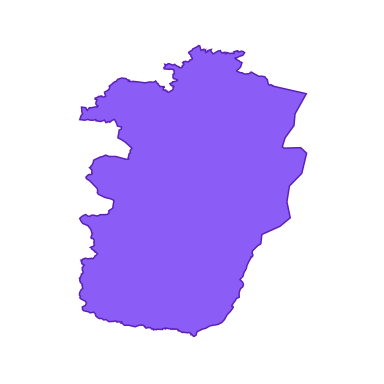 outline of Nenagh Lea-5, North Tipperary, Ireland, rotated 166°
{"feature_id": "5873133B70886709487680", "entity_name": "Nenagh Lea-5", "entity_type": "district", "adm_level": 2, "iso_a3": "IRL", "parent_name": "Ireland", "parent_adm1": "North Tipperary", "projection": "natural_earth1", "projection_center": [-8.077, 52.997], "detail": "fine", "context": "isolated", "style": "filled", "palette": "violet", "viewbox_px": 384, "rotation_deg": 166, "n_neighbors": 0, "source": "geoboundaries", "source_scale": "gbopen_adm2", "svg_char_len": 6037}
<svg xmlns="http://www.w3.org/2000/svg" viewBox="0 0 384 384"><g transform="rotate(166 192 192)"><path d="M275.0,299.7L278.7,301.1L279.5,296.3L279.3,294.1L281.0,293.1L283.4,289.4L278.7,287.6L275.3,287.6L274.2,286.7L270.6,285.5L267.8,285.6L267.8,284.1L266.9,284.1L265.3,283.1L263.3,282.5L259.6,282.9L258.7,280.1L255.6,280.4L254.9,279.6L252.0,280.9L249.7,281.2L248.6,277.1L248.4,274.0L244.7,272.1L245.6,270.0L247.6,269.8L250.8,262.5L247.8,259.9L244.6,256.4L239.7,249.0L242.1,247.1L242.2,244.9L243.5,244.6L244.7,242.7L245.0,241.6L245.7,240.6L245.5,239.3L247.5,239.6L249.7,240.6L257.3,244.9L263.8,246.5L266.9,248.7L270.7,248.0L272.3,248.2L279.2,246.8L279.7,246.6L281.1,244.0L282.7,242.1L284.2,241.3L284.5,240.3L285.4,240.3L283.9,237.5L284.6,234.8L284.3,234.0L285.9,233.3L286.8,233.8L288.4,233.8L291.2,232.2L291.4,231.6L291.2,230.5L288.4,227.4L283.0,218.1L283.6,214.8L284.1,214.2L283.3,212.3L277.8,207.8L272.3,204.9L269.9,202.8L270.1,202.0L272.4,196.6L272.3,196.0L273.4,195.2L277.0,194.1L277.4,193.7L277.5,191.8L279.9,190.7L286.7,192.2L288.8,191.6L290.4,191.9L292.7,193.2L295.3,193.8L297.2,193.1L299.1,194.0L300.4,195.7L301.1,195.9L304.7,195.0L307.4,193.5L306.6,190.2L305.6,187.9L300.9,184.4L301.0,184.1L299.2,180.2L299.1,176.3L298.7,176.0L301.0,172.5L301.0,171.7L300.7,171.2L299.5,171.0L298.6,169.0L298.8,167.9L299.6,166.7L299.4,166.1L299.7,165.0L299.5,164.1L301.1,163.1L302.5,163.2L303.9,162.7L303.1,162.2L303.2,161.1L300.7,158.3L301.0,157.9L300.6,157.7L300.5,157.0L299.6,156.6L298.7,155.1L299.4,154.3L301.6,153.4L302.1,152.7L304.4,151.2L304.9,151.2L305.4,152.0L308.9,152.3L311.7,153.6L314.4,153.2L315.1,152.5L316.2,152.7L315.8,151.7L316.4,151.1L315.9,149.8L316.3,149.1L314.5,147.6L314.3,147.1L315.3,146.7L315.4,146.1L316.9,145.1L316.7,144.7L317.3,143.2L317.0,141.0L317.6,139.5L319.2,139.1L319.9,137.3L321.2,136.3L321.3,135.6L322.1,135.4L321.9,134.6L322.4,133.0L321.9,131.9L322.2,131.3L320.7,128.7L321.4,127.7L321.1,126.9L321.4,126.0L321.2,125.0L323.3,123.9L325.3,121.6L326.2,119.4L325.5,117.9L326.4,116.4L325.8,115.3L321.9,111.8L321.3,109.6L323.0,107.7L326.1,107.1L326.5,106.3L326.2,105.7L326.7,104.6L325.9,103.1L321.1,100.6L320.2,99.4L316.2,99.1L315.2,96.9L315.4,95.5L315.1,94.6L313.4,92.4L312.4,91.6L309.9,90.9L308.6,89.2L306.3,89.0L304.0,86.3L299.4,85.4L297.8,85.5L296.7,85.0L296.8,84.4L295.9,83.8L294.3,84.0L293.6,83.3L291.7,83.2L291.7,82.2L292.3,81.9L291.2,81.4L290.6,79.9L289.5,78.9L285.5,78.0L279.9,75.0L274.1,75.6L273.6,75.0L272.3,75.0L270.7,73.5L270.7,72.9L270.1,72.6L270.2,72.0L269.5,71.0L267.1,71.1L266.5,70.6L265.5,70.7L264.6,69.7L264.4,68.9L263.7,69.0L263.0,68.0L262.4,68.2L262.3,67.5L261.6,67.7L259.8,67.0L259.4,67.4L253.8,65.7L253.4,66.5L251.4,66.3L251.0,65.5L250.2,65.7L249.9,66.3L247.9,65.0L246.3,64.9L245.8,63.9L243.8,64.0L243.6,63.3L242.5,63.6L242.0,63.0L239.8,62.7L238.9,61.9L239.1,61.1L238.4,60.9L238.3,60.3L237.0,59.8L235.4,58.0L234.3,58.0L230.3,56.4L229.5,56.6L227.2,55.0L227.6,53.8L226.5,53.5L225.5,51.7L224.6,51.5L222.8,52.0L220.9,55.2L214.7,56.5L211.8,56.4L206.9,57.8L198.9,57.2L194.8,58.1L191.4,60.3L187.6,64.4L183.6,66.9L180.0,69.9L179.9,71.0L181.0,71.4L181.1,71.9L178.9,74.1L176.4,76.0L174.8,77.9L171.6,78.5L170.8,82.5L169.0,85.6L168.2,86.5L165.7,87.7L164.4,89.8L164.7,92.3L166.7,95.4L162.9,97.9L161.2,101.1L157.8,104.6L156.5,107.3L153.6,110.9L151.0,113.6L150.5,114.6L149.9,114.3L148.5,115.3L148.1,116.4L148.5,117.8L147.6,120.2L141.1,124.1L137.8,125.0L134.5,133.9L114.8,137.5L102.9,143.2L102.3,159.5L96.0,174.3L81.0,183.5L71.4,201.9L75.8,208.7L92.1,212.3L93.4,214.1L88.5,222.1L77.0,231.8L73.1,242.9L57.3,259.7L87.6,275.0L88.2,275.5L87.9,275.7L89.6,277.1L90.9,276.9L91.7,277.8L91.9,279.3L91.7,282.9L92.8,284.5L93.5,286.2L96.5,287.6L99.1,288.0L105.6,294.1L107.8,293.0L111.6,293.5L113.3,294.2L114.2,295.4L116.3,296.2L119.2,298.2L119.3,298.9L118.9,299.3L117.5,299.7L114.6,301.5L112.2,305.5L114.1,306.8L114.7,308.2L116.3,309.2L117.1,310.4L117.5,310.4L117.9,311.0L117.6,311.7L116.5,311.6L116.3,311.3L113.4,312.1L109.7,312.3L107.2,314.4L108.4,315.9L110.1,316.8L111.8,316.5L113.3,316.9L113.8,317.2L113.4,317.9L113.8,318.1L117.5,317.9L117.3,317.1L118.0,316.2L119.2,317.0L121.7,317.2L124.4,319.0L125.3,317.9L125.6,318.0L126.3,318.2L126.1,319.5L126.3,319.7L127.9,319.7L128.2,319.3L129.3,319.7L129.5,320.5L130.2,320.9L130.3,322.4L132.6,322.5L138.1,320.9L139.7,324.3L138.8,325.6L142.4,325.4L142.8,325.2L142.5,324.8L142.8,324.6L144.9,323.9L145.1,324.6L144.5,326.6L144.9,326.4L146.0,326.8L146.0,327.7L149.0,327.2L149.1,331.8L150.1,332.5L152.2,331.6L156.8,330.6L157.8,329.3L159.5,329.1L161.5,328.3L161.3,327.0L160.0,325.3L160.2,324.0L159.7,322.3L159.3,322.1L159.7,320.8L162.4,320.5L163.1,319.5L164.5,319.2L166.9,320.5L167.7,320.2L168.5,320.5L169.8,319.7L169.1,319.0L169.4,318.8L169.1,317.6L171.1,316.6L171.0,315.7L172.6,315.2L174.3,315.8L174.4,316.8L176.2,317.7L176.4,318.4L177.1,318.6L177.9,320.1L179.7,319.7L183.2,322.0L184.2,322.3L185.7,321.4L187.5,322.5L187.4,320.4L189.2,319.5L189.2,318.2L184.0,316.4L183.5,316.7L180.1,315.1L180.5,311.0L181.6,311.0L182.0,310.6L182.8,307.5L182.2,306.2L180.7,305.7L179.0,304.1L180.5,303.4L184.2,303.6L184.3,302.9L187.2,302.5L186.3,300.1L184.4,299.5L184.2,298.4L185.1,298.1L185.4,296.5L186.2,295.6L188.4,295.2L190.2,294.3L191.3,294.7L191.7,295.2L191.4,295.7L193.2,296.7L193.0,297.4L195.1,297.9L194.7,300.1L193.6,300.2L193.6,301.0L197.5,302.1L197.4,302.3L198.8,304.6L198.7,305.4L199.5,306.0L200.4,308.5L201.9,308.0L203.7,308.0L205.6,308.9L211.1,309.3L221.5,313.3L221.8,313.1L222.3,313.6L225.3,314.0L225.7,314.8L226.2,314.8L225.8,315.1L226.2,315.4L225.9,315.7L227.6,316.6L228.5,317.5L228.5,318.0L232.7,319.6L236.9,319.3L238.5,317.8L240.8,317.6L241.4,317.0L242.5,316.8L243.8,315.9L246.6,314.8L246.3,314.4L247.2,312.2L249.1,311.0L252.8,310.0L252.7,305.7L254.4,305.5L256.3,306.1L256.3,307.0L257.6,307.2L258.3,306.9L259.5,307.4L260.1,306.9L263.4,306.4L263.6,305.6L262.0,304.5L263.5,302.2L263.9,301.1L263.9,300.2L263.2,298.6L262.5,298.4L263.5,297.3L265.3,298.0L269.0,298.1L271.2,298.6L273.9,296.6L274.5,297.5L274.5,299.1L275.0,299.7Z" fill="#8b5cf6" stroke="#5b21b6" stroke-width="1.5"/></g></svg>